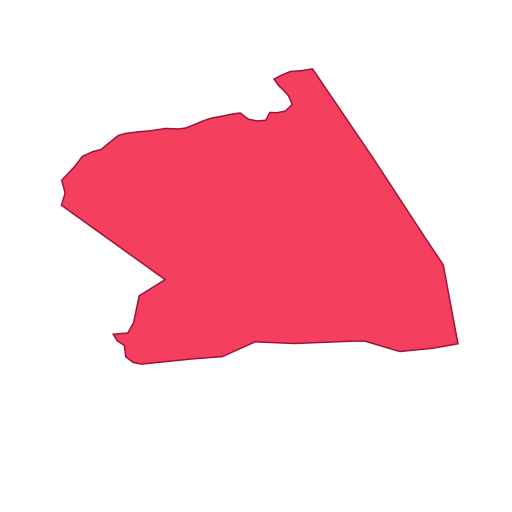 the district of Cacimba de Dentro, Paraíba, Brazil, rotated 153°
{"feature_id": "56859067B66025103002424", "entity_name": "Cacimba de Dentro", "entity_type": "district", "adm_level": 2, "iso_a3": "BRA", "parent_name": "Brazil", "parent_adm1": "Paraíba", "projection": "mercator", "projection_center": [-35.805, -6.618], "detail": "fine", "context": "isolated", "style": "filled", "palette": "rose", "viewbox_px": 512, "rotation_deg": 153, "n_neighbors": 0, "source": "geoboundaries", "source_scale": "gbopen_adm2", "svg_char_len": 898}
<svg xmlns="http://www.w3.org/2000/svg" viewBox="0 0 512 512"><g transform="rotate(153 256 256)"><path d="M115.9,86.1L105.2,122.4L93.2,163.0L97.2,197.1L107.3,290.6L120.7,397.1L131.5,400.5L141.6,404.8L151.0,405.5L159.6,405.5L158.5,397.6L156.0,390.6L154.3,383.7L155.0,374.6L164.0,371.8L172.3,374.2L178.5,377.6L185.7,372.5L194.0,376.0L200.8,381.6L205.1,390.6L213.4,393.5L223.2,396.1L232.6,399.0L241.6,400.4L251.6,401.1L260.6,402.0L267.5,404.4L278.4,410.6L293.8,415.7L305.5,420.5L316.8,424.5L324.2,425.9L335.1,423.6L345.9,421.2L353.5,423.1L365.5,423.6L376.7,418.2L388.5,413.9L394.7,411.7L397.5,398.7L406.3,389.5L347.7,276.2L378.1,273.6L395.4,252.1L405.1,245.6L418.8,251.1L418.1,243.5L413.9,236.1L417.8,225.3L413.7,216.8L407.2,211.7L359.6,193.3L331.8,181.7L295.8,179.9L261.3,160.5L208.4,136.2L197.6,130.7L171.2,105.6L140.5,93.6L115.9,86.1Z" fill="#f43f5e" stroke="#9f1239" stroke-width="1.5"/></g></svg>